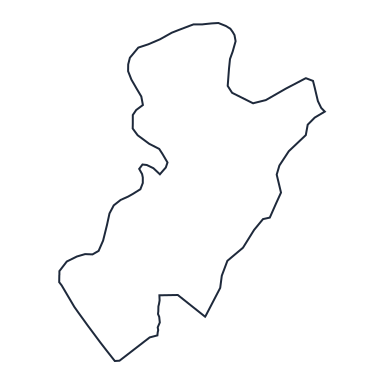 outline of Abi, Cross River, Nigeria
{"feature_id": "59680162B64112154685735", "entity_name": "Abi", "entity_type": "district", "adm_level": 2, "iso_a3": "NGA", "parent_name": "Nigeria", "parent_adm1": "Cross River", "projection": "mercator", "projection_center": [8.011, 5.883], "detail": "fine", "context": "isolated", "style": "outline", "palette": "slate", "viewbox_px": 384, "rotation_deg": 0, "n_neighbors": 0, "source": "geoboundaries", "source_scale": "gbopen_adm2", "svg_char_len": 1577}
<svg xmlns="http://www.w3.org/2000/svg" viewBox="0 0 384 384"><path d="M114.8,361.0L119.5,360.7L149.7,337.4L157.4,335.4L157.7,332.4L158.2,330.1L157.7,327.4L159.8,322.5L159.2,316.8L158.0,314.0L158.3,311.3L158.4,306.4L159.0,304.0L159.6,300.4L159.4,295.3L177.8,295.0L205.1,316.7L205.7,315.8L220.2,287.9L221.8,275.7L227.4,260.8L243.0,247.7L254.1,229.9L263.0,219.1L269.8,217.6L275.9,203.8L281.0,192.6L276.7,174.6L279.4,165.5L288.8,151.2L305.8,135.1L307.7,124.7L314.7,117.6L324.8,111.6L321.2,107.9L317.9,101.1L316.3,94.4L314.7,87.6L313.0,80.9L305.9,78.2L304.8,78.7L285.9,88.6L265.8,100.1L253.3,103.2L253.1,103.3L232.1,92.8L231.0,91.1L227.7,85.9L229.0,68.7L230.0,59.0L232.7,51.5L235.6,41.2L234.5,35.1L232.7,32.0L230.4,28.8L225.9,26.0L218.4,23.0L211.7,23.4L204.8,24.1L202.2,24.4L193.5,24.4L189.7,25.8L178.4,30.1L171.8,32.7L160.0,39.3L148.3,44.3L138.3,47.6L129.9,57.7L128.2,64.4L128.1,71.2L131.4,79.6L135.4,86.5L136.3,88.1L141.3,96.5L142.9,105.0L136.2,110.0L132.8,115.0L132.8,123.5L132.7,128.5L135.1,131.8L137.7,135.3L144.9,140.6L149.2,143.8L157.6,148.1L159.2,148.9L162.5,154.0L167.5,162.5L165.8,167.5L161.6,172.3L159.9,174.3L153.4,168.2L146.8,165.0L142.5,164.5L139.2,168.9L142.1,174.1L142.8,177.5L142.8,183.0L140.4,189.2L132.9,193.9L128.1,196.6L120.7,199.9L113.7,205.4L112.9,207.0L109.5,213.4L107.0,224.9L104.8,233.8L103.1,240.6L98.6,250.9L92.5,254.4L85.1,254.1L76.9,256.5L66.8,261.5L63.4,265.9L59.4,271.1L59.4,273.0L59.4,274.7L59.3,275.3L59.2,282.2L61.6,285.3L74.4,307.0L78.3,312.5L87.7,325.5L100.2,342.3L106.3,350.2L114.8,361.0Z" fill="none" stroke="#1e293b" stroke-width="2"/></svg>